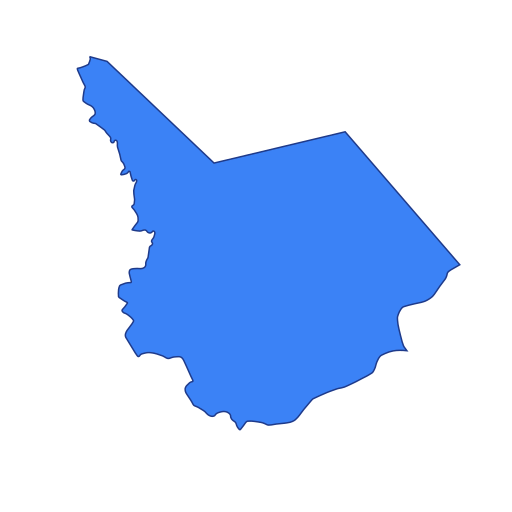 the district of Mapulaca, Lempira, Honduras, rotated 278°
{"feature_id": "27666195B86769903642722", "entity_name": "Mapulaca", "entity_type": "district", "adm_level": 2, "iso_a3": "HND", "parent_name": "Honduras", "parent_adm1": "Lempira", "projection": "robinson", "projection_center": [-88.627, 14.049], "detail": "fine", "context": "isolated", "style": "filled", "palette": "blue", "viewbox_px": 512, "rotation_deg": 278, "n_neighbors": 0, "source": "geoboundaries", "source_scale": "gbopen_adm2", "svg_char_len": 6023}
<svg xmlns="http://www.w3.org/2000/svg" viewBox="0 0 512 512"><g transform="rotate(278 256 256)"><path d="M430.2,64.0L429.6,63.9L428.6,64.4L427.7,64.5L425.2,64.1L422.4,63.4L420.6,60.7L419.1,58.0L417.9,55.6L417.1,53.4L416.9,53.1L416.5,53.0L415.1,53.6L412.3,55.3L404.5,60.2L402.9,61.3L401.0,62.7L399.9,63.3L399.5,63.4L399.0,63.4L396.7,62.8L394.4,62.7L388.9,62.7L386.6,62.9L385.7,63.2L385.4,63.4L384.9,64.1L383.5,66.7L382.8,68.4L382.0,71.1L381.5,72.3L381.0,73.1L380.2,74.2L379.1,75.1L377.8,76.0L376.8,76.5L375.8,76.8L374.9,76.9L374.3,76.9L373.5,76.6L372.5,75.9L371.1,74.4L369.6,73.2L367.7,72.2L367.1,72.2L366.7,72.3L366.2,72.6L366.0,73.0L365.6,73.9L365.2,74.9L364.9,76.5L364.9,78.4L364.7,79.1L362.3,83.7L359.7,88.4L359.2,89.0L358.0,90.0L356.7,91.3L354.2,94.4L353.4,95.2L352.8,95.6L352.2,95.8L351.5,95.9L350.7,95.8L349.9,96.0L349.1,96.4L348.4,97.1L348.2,97.6L348.2,98.1L348.3,98.6L348.5,99.0L348.8,99.3L349.1,99.5L350.0,99.6L350.4,99.8L350.7,100.1L351.0,100.4L351.1,100.9L351.1,101.3L350.9,101.8L350.7,102.1L350.2,102.5L349.1,102.9L348.1,103.1L346.2,103.3L344.6,103.7L337.8,106.9L332.7,108.8L332.0,109.1L331.4,109.5L330.0,111.2L328.7,112.3L327.3,113.1L325.7,113.9L324.9,114.0L324.1,113.8L323.5,113.4L322.6,112.5L321.6,111.8L320.3,111.3L318.9,110.9L318.2,110.7L317.9,110.9L317.7,111.2L317.7,111.6L318.4,113.8L319.4,115.9L319.8,116.6L320.4,117.1L321.0,117.6L322.0,118.1L322.2,118.4L322.2,118.9L322.0,119.4L321.4,119.7L317.5,121.2L314.6,122.6L313.8,123.0L313.5,123.2L313.3,123.5L313.2,123.9L313.2,124.3L313.3,124.6L313.5,124.9L313.8,125.1L314.6,125.5L314.8,125.7L315.0,126.1L315.0,126.5L314.8,126.9L314.4,127.3L313.7,127.4L312.6,127.3L310.4,126.5L308.8,126.2L303.8,125.8L302.7,126.0L300.2,126.5L295.2,127.9L294.0,128.0L291.0,128.1L290.4,128.0L289.8,127.8L289.2,127.3L288.4,126.4L287.9,126.2L287.6,126.2L287.2,126.3L286.8,126.6L284.7,129.0L281.7,131.6L280.2,132.7L279.1,133.3L277.8,133.8L276.2,134.1L275.0,134.3L274.0,134.3L272.9,134.0L268.9,131.7L265.0,129.7L264.7,129.7L264.6,130.0L264.4,132.7L264.4,135.1L264.5,137.4L264.9,138.8L265.6,140.2L266.0,141.1L266.2,141.8L266.3,142.7L266.1,143.3L265.9,143.9L265.6,144.2L264.9,144.9L264.4,145.6L264.1,146.5L264.0,147.5L264.1,148.2L264.5,148.9L265.0,149.5L266.0,150.1L266.3,150.5L266.4,151.1L266.3,151.6L266.0,152.0L265.5,152.4L264.9,152.6L264.2,152.7L263.3,152.6L260.9,152.3L259.4,151.8L257.6,150.8L256.5,150.5L256.1,150.5L255.7,150.7L255.3,150.9L254.8,151.4L254.3,151.7L253.8,151.8L253.3,151.8L252.9,151.6L252.4,151.4L251.8,150.9L251.0,149.9L250.3,149.5L249.8,149.3L239.7,149.3L238.8,149.1L236.8,148.3L235.1,147.9L233.8,147.8L231.8,148.1L231.0,148.0L230.2,147.8L229.4,147.3L228.8,146.7L228.2,145.8L227.8,145.0L227.4,143.3L227.1,140.0L226.5,136.9L226.1,135.5L225.8,134.6L225.4,133.9L225.0,133.4L224.5,133.0L223.9,132.8L222.7,132.7L221.6,132.8L220.7,133.1L218.1,134.1L213.6,136.0L213.1,136.1L212.7,136.1L212.3,135.8L212.2,135.4L211.7,132.9L211.0,130.7L210.5,129.7L208.5,126.0L208.0,125.5L207.5,125.1L207.0,125.0L205.6,124.7L203.6,124.6L199.9,124.9L197.8,125.3L196.7,125.5L196.3,125.8L195.8,126.4L193.8,130.5L193.0,132.3L192.2,134.6L192.0,135.0L191.7,135.2L191.4,135.2L190.0,134.5L187.5,133.2L184.3,131.1L183.6,130.9L182.9,131.1L182.1,131.8L181.5,132.8L181.3,133.1L181.0,134.6L180.7,135.6L179.8,137.5L178.7,139.4L177.8,140.8L176.6,142.3L175.4,143.5L174.9,143.8L174.5,143.8L173.8,143.6L171.7,142.7L169.1,141.3L164.4,138.7L162.6,138.0L160.7,137.6L159.5,137.6L158.3,137.9L157.3,138.4L143.3,149.9L140.9,152.1L140.3,152.8L140.1,153.2L140.1,153.7L140.4,154.2L140.7,154.5L141.7,155.0L142.3,155.5L142.9,156.1L143.3,156.9L144.3,159.2L145.1,161.5L145.3,162.5L145.5,163.7L145.6,165.5L145.6,167.6L145.5,169.0L145.2,171.6L144.1,177.4L143.5,179.1L142.6,181.3L142.4,182.1L142.3,182.9L142.4,183.9L142.7,184.7L143.8,186.8L144.5,188.5L144.8,189.7L145.3,192.0L145.6,193.8L145.6,194.7L145.4,195.7L145.0,196.6L144.0,197.8L142.5,199.0L136.6,202.8L127.8,208.3L124.7,210.4L123.7,210.9L123.3,210.9L122.9,210.7L122.1,209.0L121.6,208.3L121.0,207.7L118.8,206.0L117.9,205.3L116.9,204.8L115.6,204.4L114.8,204.3L114.0,204.4L112.4,204.8L110.9,205.6L109.4,206.8L104.1,211.5L102.2,213.0L100.4,214.3L99.5,215.2L99.1,216.1L98.6,218.1L98.1,219.8L95.7,225.4L94.7,227.2L93.3,228.9L92.3,230.3L91.9,231.1L91.5,232.1L91.2,233.2L91.1,234.3L91.2,235.4L91.5,236.2L91.8,236.8L92.1,237.2L94.0,238.4L94.5,238.9L95.1,239.6L95.8,240.8L96.5,242.3L97.0,243.6L97.5,245.3L97.6,246.5L97.6,248.0L97.3,249.4L96.7,250.8L96.2,251.6L95.7,252.2L94.7,252.9L94.2,253.1L93.1,253.3L92.5,253.6L91.4,254.3L90.8,254.9L90.2,255.7L89.7,256.5L89.1,257.8L88.4,258.8L87.5,259.5L85.4,260.5L84.1,261.4L83.2,262.2L82.1,263.4L81.8,263.8L81.8,264.2L81.9,264.6L82.5,265.0L86.3,267.2L89.2,268.7L90.3,269.4L90.8,269.9L91.2,270.5L91.6,272.5L91.9,274.8L92.0,277.8L92.0,281.1L91.9,284.4L91.7,286.0L91.2,288.1L90.4,290.6L90.3,291.5L90.4,292.4L90.9,294.7L92.4,299.4L94.4,307.5L95.0,309.6L96.1,312.9L97.2,315.0L98.0,316.2L99.0,317.4L100.1,318.3L102.1,319.8L104.6,321.3L110.6,324.6L116.5,328.3L121.1,331.2L121.9,331.8L122.5,332.3L124.4,335.2L127.1,339.4L130.6,345.1L132.4,348.3L135.7,354.6L136.5,356.5L137.3,358.9L137.9,360.3L138.5,361.7L140.0,364.2L142.8,368.5L145.4,372.4L149.6,378.2L152.6,382.5L154.9,385.4L156.4,387.2L157.1,387.7L157.7,388.1L159.0,388.6L160.5,389.1L162.5,389.6L165.7,390.0L167.8,390.4L169.4,390.9L171.6,391.6L172.8,392.2L173.6,392.6L174.4,393.2L175.1,393.9L177.3,397.2L179.4,400.9L180.2,402.8L181.1,405.0L182.0,408.2L182.6,411.5L183.0,414.8L183.2,418.6L186.5,415.4L187.4,414.7L188.5,414.1L191.5,412.6L197.0,410.3L203.3,407.8L208.1,406.1L212.0,405.1L214.1,404.7L215.1,404.6L216.2,404.7L218.3,405.1L220.6,405.7L222.3,406.4L223.7,407.0L225.0,407.8L225.8,408.5L226.4,409.4L227.1,410.9L228.5,414.0L230.8,419.8L233.1,426.1L234.0,428.1L234.8,429.7L236.0,431.5L237.5,433.4L238.7,434.7L240.5,436.4L242.9,437.9L251.8,442.3L259.6,446.6L260.9,447.1L262.4,447.5L263.7,447.7L265.1,447.8L265.7,447.9L266.4,448.2L267.0,448.5L268.0,449.4L269.4,450.9L275.7,459.0L391.4,327.0L342.2,201.5L428.0,81.4L430.2,64.0Z" fill="#3b82f6" stroke="#1e3a8a" stroke-width="1.5"/></g></svg>